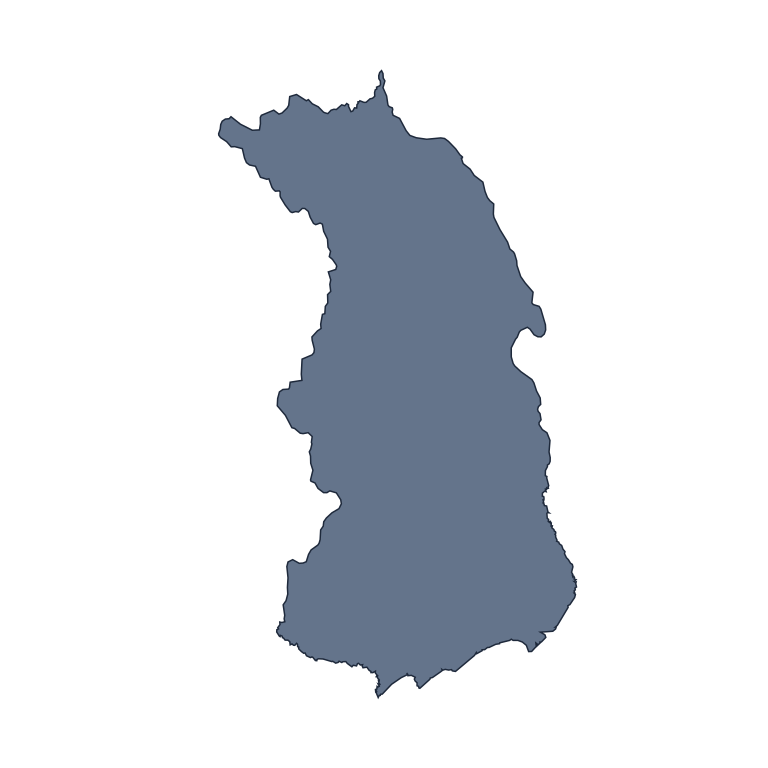 the district of Rioverde, Esmeraldas, Ecuador, rotated 164°
{"feature_id": "8360857B16857875434642", "entity_name": "Rioverde", "entity_type": "district", "adm_level": 2, "iso_a3": "ECU", "parent_name": "Ecuador", "parent_adm1": "Esmeraldas", "projection": "equal_earth", "projection_center": [-79.313, 0.83], "detail": "fine", "context": "isolated", "style": "filled", "palette": "slate", "viewbox_px": 768, "rotation_deg": 164, "n_neighbors": 0, "source": "geoboundaries", "source_scale": "gbopen_adm2", "svg_char_len": 6109}
<svg xmlns="http://www.w3.org/2000/svg" viewBox="0 0 768 768"><g transform="rotate(164 384 384)"><path d="M476.6,89.5L476.0,84.2L474.3,86.0L473.4,85.7L472.7,86.7L471.1,86.4L459.4,93.3L448.3,97.0L441.4,98.2L441.8,100.0L441.2,98.2L441.4,97.0L438.0,96.4L434.8,93.5L436.2,92.0L435.9,89.8L434.6,87.8L435.4,84.8L434.1,83.8L434.2,82.1L433.4,81.6L421.3,87.5L420.6,88.6L418.3,88.5L409.0,91.7L407.0,92.5L407.0,93.6L406.3,92.7L403.8,92.8L400.7,91.2L397.8,90.8L397.4,89.4L394.5,88.0L371.9,98.1L369.3,100.4L369.3,99.3L370.1,99.0L363.2,100.6L363.0,101.5L360.4,100.9L357.2,102.2L355.6,101.8L348.3,103.0L344.5,102.5L344.1,103.3L333.9,102.9L332.0,103.6L330.6,102.0L325.9,100.6L322.1,97.8L319.2,93.6L318.7,86.9L315.8,86.2L309.9,89.8L309.4,93.2L308.4,91.8L309.0,90.1L305.2,92.1L305.3,92.9L303.9,92.6L298.3,95.8L298.4,98.5L302.0,102.3L289.9,99.8L286.6,101.2L285.3,103.1L286.1,103.2L283.8,104.3L268.6,118.5L268.4,120.2L266.1,120.7L259.6,126.2L258.0,128.9L258.9,130.6L258.2,130.5L258.3,132.7L256.8,133.4L256.7,135.2L254.9,135.8L254.7,139.3L253.9,140.7L254.8,140.6L255.5,141.6L254.9,141.4L254.8,142.2L253.3,143.0L255.0,144.2L254.2,145.4L254.6,147.0L255.6,146.4L255.6,148.5L255.0,148.9L255.6,151.3L252.8,156.2L252.7,158.7L254.1,160.3L255.2,164.3L256.5,166.7L257.3,171.1L256.2,173.0L257.5,176.0L257.7,179.8L259.5,182.1L259.6,183.8L261.4,185.3L260.7,186.2L261.2,189.5L260.6,191.5L261.1,192.4L259.9,193.4L259.9,194.9L260.8,195.5L260.8,197.3L262.3,199.5L261.3,201.2L262.5,201.4L261.5,204.3L262.0,204.5L261.9,206.1L262.5,206.2L262.8,205.1L264.0,206.6L263.1,208.5L264.1,209.8L263.1,214.7L262.3,215.3L260.9,214.7L261.7,215.8L261.3,221.9L263.3,222.9L263.3,225.0L263.9,225.8L263.2,226.0L263.0,228.8L262.2,228.5L261.6,230.4L261.5,231.8L262.7,232.5L261.8,235.4L259.1,236.7L257.8,235.8L257.8,238.4L256.9,238.1L256.4,239.1L256.1,238.4L254.7,238.5L254.8,239.6L253.7,240.8L253.5,248.9L252.9,250.2L254.2,251.4L252.7,256.3L249.7,259.5L249.2,261.1L247.3,261.7L245.6,263.9L244.5,267.5L244.1,273.1L240.0,284.0L240.8,292.2L244.4,296.5L246.1,302.2L245.6,304.2L242.9,306.3L242.2,312.5L243.4,315.3L243.3,317.4L241.8,319.7L239.0,321.2L237.7,327.5L239.3,335.2L239.6,343.8L240.6,347.5L249.1,358.2L253.3,365.2L254.2,368.0L254.2,374.9L251.7,383.7L245.2,390.8L243.1,392.2L239.6,396.7L237.6,397.9L230.6,399.0L228.5,396.5L226.2,390.0L223.1,387.0L219.9,386.0L216.2,387.8L213.7,391.4L212.5,396.4L212.6,412.7L213.5,415.9L218.6,419.2L219.5,421.3L215.4,431.2L220.5,442.3L223.0,449.6L223.5,461.3L222.5,465.9L222.6,473.1L223.1,475.1L225.8,479.1L226.1,486.3L230.0,500.5L232.4,513.9L232.0,517.3L228.9,526.8L231.8,531.1L233.2,534.8L233.8,541.3L233.3,550.8L239.8,559.6L242.0,566.8L247.2,574.1L247.4,579.7L246.3,579.8L246.0,580.6L247.9,583.5L250.3,590.3L255.2,599.5L258.1,603.3L261.6,604.9L275.5,607.5L285.1,611.8L290.6,615.8L292.9,621.4L295.8,635.0L301.2,639.8L301.2,643.1L299.9,645.6L299.9,647.2L302.6,649.2L303.3,651.2L302.1,660.1L303.3,669.1L299.6,675.1L300.4,678.3L299.4,682.7L300.0,685.9L302.3,684.6L304.1,681.8L304.8,678.8L304.0,676.4L304.8,672.9L305.9,671.8L309.3,671.4L309.7,669.5L311.3,669.2L312.7,666.8L313.6,663.1L316.4,661.8L318.8,662.0L323.5,659.7L325.6,660.2L329.1,662.9L329.9,662.2L331.3,662.4L331.6,660.8L332.9,660.1L334.2,656.8L336.2,657.6L338.8,655.0L340.7,654.9L341.6,660.7L341.1,662.2L342.5,663.9L345.0,662.3L347.7,664.0L354.1,661.0L356.4,661.9L359.4,661.8L363.4,659.4L365.5,660.6L367.2,661.9L370.8,668.6L375.7,673.1L378.3,678.2L380.6,677.7L388.3,686.4L395.4,686.3L398.8,678.1L401.1,675.9L407.3,672.6L410.6,672.4L414.5,677.6L427.8,676.1L429.4,674.4L431.1,668.1L433.7,662.6L440.6,664.2L450.4,673.3L457.4,683.1L459.8,681.7L463.5,682.4L467.1,681.2L469.4,678.5L471.2,674.1L474.0,670.1L474.2,668.6L473.2,665.9L468.5,660.4L465.5,654.1L462.0,653.3L455.3,649.3L455.8,639.6L455.2,634.7L452.9,631.6L447.5,628.7L445.8,616.8L440.2,613.1L438.1,613.0L437.5,604.0L436.7,601.6L435.3,599.3L431.4,598.5L430.9,597.3L432.0,593.5L432.0,591.9L429.6,583.2L426.5,575.4L425.0,574.1L421.4,574.1L418.8,572.9L414.2,575.3L411.7,574.5L409.2,570.8L409.0,564.6L407.5,557.8L405.7,556.0L401.0,556.3L399.2,554.6L399.9,547.4L398.4,538.8L400.1,530.9L398.8,526.3L401.5,521.5L399.2,518.0L397.1,511.9L397.0,510.2L398.8,507.4L406.6,507.1L406.5,498.8L408.6,494.7L409.7,487.7L413.6,485.5L415.7,477.4L419.0,474.8L421.5,467.9L424.0,467.9L428.4,458.9L429.2,454.7L433.3,453.4L440.3,449.1L441.0,445.8L441.3,436.7L442.7,433.5L445.2,431.8L455.9,430.5L460.8,416.2L461.9,410.1L473.7,411.6L475.9,406.5L477.1,405.4L482.7,406.6L486.7,405.2L490.2,399.4L492.6,392.5L487.4,381.0L484.6,367.4L482.2,365.9L478.1,359.8L475.5,358.6L470.3,358.1L467.5,353.3L469.9,347.9L469.8,346.3L472.4,341.6L474.5,339.4L474.5,335.0L476.3,328.0L476.1,320.7L481.1,312.0L481.0,310.7L477.6,307.9L476.2,301.8L472.0,296.2L468.8,295.3L465.6,296.2L459.8,292.5L457.5,284.7L458.0,280.6L461.6,276.6L469.6,274.5L476.3,271.1L479.9,268.2L481.6,264.1L485.1,261.2L488.3,252.0L490.3,248.8L492.0,247.4L499.8,244.6L503.5,241.0L507.7,234.6L511.2,234.2L514.9,235.0L520.2,240.3L525.3,239.4L527.7,235.3L529.7,224.1L532.9,215.1L534.4,208.6L537.9,202.7L541.8,199.5L543.2,188.9L544.7,185.8L544.9,182.8L547.9,182.9L549.8,183.9L550.3,181.4L553.3,179.1L552.9,177.7L554.7,177.4L555.5,175.2L554.1,170.4L553.5,169.8L552.9,170.9L551.4,169.7L551.5,168.1L550.6,167.5L549.7,165.1L546.9,164.2L545.6,162.2L546.1,159.1L544.1,159.5L543.0,157.8L541.8,157.4L539.5,158.8L538.9,157.7L539.4,155.3L538.5,154.7L539.0,152.9L537.1,149.5L535.4,147.3L534.0,147.2L533.4,144.1L530.1,141.3L528.5,141.5L527.7,140.8L526.2,137.1L525.4,137.4L524.9,136.6L524.0,137.8L522.6,137.9L518.3,136.4L510.6,131.5L509.7,131.6L507.4,129.0L504.8,129.0L503.6,129.9L501.3,127.9L500.2,128.4L497.2,127.7L496.3,125.5L492.8,121.0L491.1,122.1L488.1,120.6L486.6,122.5L485.4,122.5L484.2,120.4L481.9,120.1L482.7,119.0L482.4,117.0L478.5,116.5L477.2,112.8L475.8,111.3L476.1,110.2L474.3,109.6L471.4,110.3L472.0,108.7L470.9,106.0L471.8,105.1L470.7,105.1L471.4,103.8L470.1,100.8L470.4,100.2L470.7,101.4L471.0,101.0L471.3,97.8L470.7,96.4L471.3,96.0L472.3,97.1L471.9,94.7L473.4,94.4L474.0,95.2L475.0,92.7L476.4,92.7L476.8,90.6L475.9,90.9L475.8,90.3L476.6,89.5Z" fill="#64748b" stroke="#1e293b" stroke-width="1.5"/></g></svg>